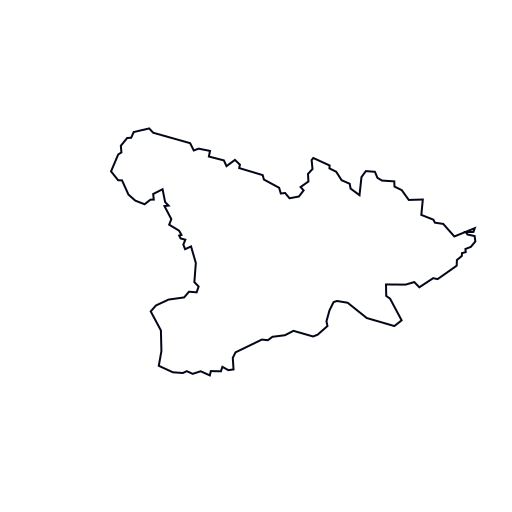 outline of Negotino, Negotino, North Macedonia, rotated 124°
{"feature_id": "65306769B63258214258120", "entity_name": "Negotino", "entity_type": "district", "adm_level": 2, "iso_a3": "MKD", "parent_name": "North Macedonia", "parent_adm1": "Negotino", "projection": "albers", "projection_center": [22.101, 41.515], "detail": "fine", "context": "isolated", "style": "outline", "palette": "ink", "viewbox_px": 512, "rotation_deg": 124, "n_neighbors": 0, "source": "geoboundaries", "source_scale": "gbopen_adm2", "svg_char_len": 1830}
<svg xmlns="http://www.w3.org/2000/svg" viewBox="0 0 512 512"><g transform="rotate(124 256 256)"><path d="M131.6,212.7L147.7,204.2L147.2,215.3L143.7,218.7L145.3,227.4L141.3,236.6L142.3,244.1L139.8,245.6L142.7,263.3L145.4,263.5L152.3,257.8L158.9,258.8L164.9,254.2L173.9,257.6L175.0,253.2L182.7,253.7L189.4,260.5L187.5,267.1L190.3,270.4L186.5,275.0L188.2,292.2L185.2,295.7L192.5,319.1L189.3,320.4L188.1,327.2L198.0,330.7L194.7,336.1L199.9,350.7L194.6,352.9L199.1,363.6L203.3,366.6L199.3,373.7L211.3,410.1L210.0,415.9L221.6,426.7L227.8,425.6L230.2,428.8L240.2,429.7L245.4,425.5L248.9,427.0L266.9,423.5L270.3,412.6L268.2,409.4L276.4,396.1L277.6,387.0L275.4,377.3L268.3,375.0L266.4,372.3L262.1,375.9L252.9,370.8L262.1,361.5L263.1,356.7L265.8,359.8L272.8,346.8L278.6,345.5L278.0,334.0L280.2,329.6L282.0,331.1L283.6,328.3L282.0,323.7L287.2,322.6L290.0,318.6L284.4,315.2L295.4,302.0L312.1,292.5L313.4,286.5L319.3,284.9L323.1,291.6L330.5,292.4L341.0,304.1L353.0,311.3L360.8,312.3L370.9,293.2L387.8,281.2L401.4,275.2L398.9,259.9L393.9,251.2L390.2,249.0L389.1,242.6L382.5,237.4L380.8,227.5L376.7,229.1L371.2,220.6L366.7,221.9L366.1,215.1L362.6,211.2L353.4,218.3L347.3,219.1L322.0,204.4L319.2,199.1L313.8,197.2L305.5,187.7L297.1,183.1L290.8,163.7L286.8,160.9L274.1,157.6L270.7,161.1L259.9,164.7L250.8,165.9L248.0,163.7L243.5,153.9L245.5,129.5L236.7,102.1L227.9,99.3L216.4,121.0L216.3,125.7L206.9,132.3L196.1,116.0L189.1,110.2L190.6,103.1L175.3,96.7L173.6,92.5L151.8,84.2L147.0,87.2L140.9,85.4L138.4,86.8L135.5,84.3L133.1,86.3L128.3,83.0L121.3,82.3L117.2,85.9L119.9,92.6L118.9,95.7L114.5,89.2L110.6,90.2L128.9,102.5L124.7,118.7L128.3,126.3L126.7,129.3L129.5,141.9L115.9,149.3L124.1,160.7L119.9,172.0L121.0,180.0L116.8,183.1L123.0,193.7L123.3,199.0L119.7,204.5L124.2,212.4L131.6,212.7Z" fill="none" stroke="#020617" stroke-width="2"/></g></svg>